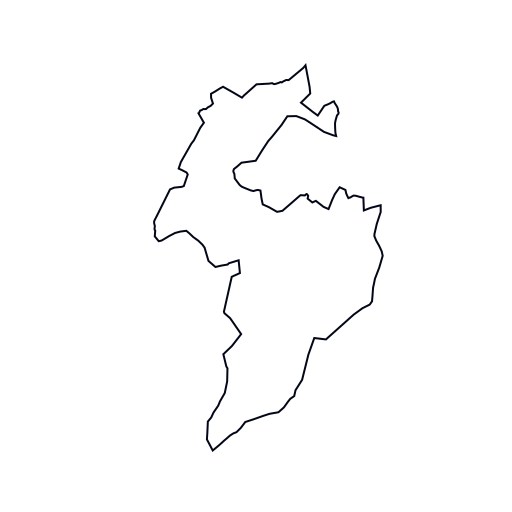 Mani, Katsina, Nigeria, rotated 211°
{"feature_id": "59680162B59976260592487", "entity_name": "Mani", "entity_type": "district", "adm_level": 2, "iso_a3": "NGA", "parent_name": "Nigeria", "parent_adm1": "Katsina", "projection": "equal_earth", "projection_center": [7.952, 12.901], "detail": "fine", "context": "isolated", "style": "outline", "palette": "ink", "viewbox_px": 512, "rotation_deg": 211, "n_neighbors": 0, "source": "geoboundaries", "source_scale": "gbopen_adm2", "svg_char_len": 3094}
<svg xmlns="http://www.w3.org/2000/svg" viewBox="0 0 512 512"><g transform="rotate(211 256 256)"><path d="M203.6,73.5L192.9,67.0L190.1,75.1L188.3,81.1L187.1,84.7L185.8,88.8L184.0,92.4L182.0,94.9L180.5,100.8L179.7,108.2L172.8,116.2L167.8,122.3L165.3,125.2L163.0,127.8L156.3,133.6L154.1,140.6L153.6,147.0L153.1,151.2L151.1,155.6L153.0,161.3L152.7,173.6L159.0,194.2L160.3,198.4L163.8,215.7L153.1,220.5L150.6,228.6L142.1,256.0L137.8,266.2L133.5,272.9L133.2,276.9L135.6,281.8L139.3,289.1L141.0,294.1L142.3,297.7L144.4,309.6L147.5,321.4L150.6,324.7L155.6,328.1L160.9,331.1L164.8,334.0L165.8,335.9L169.0,345.7L171.8,358.0L175.3,363.7L182.5,356.4L187.0,350.6L194.0,361.3L195.1,360.8L196.4,360.5L197.8,360.0L199.5,359.6L200.4,359.3L201.6,359.0L203.0,358.3L203.5,358.0L204.2,356.9L204.9,355.6L205.2,354.9L206.0,354.0L206.6,353.2L208.7,354.5L210.8,356.0L213.4,358.7L219.7,358.0L220.3,349.6L219.6,343.2L218.0,333.6L223.4,332.9L233.1,334.1L235.3,330.9L241.3,331.8L242.3,334.5L243.3,334.9L243.9,335.2L244.6,335.1L245.1,334.1L245.3,333.1L249.1,331.1L249.6,329.9L250.1,328.4L252.5,320.9L256.6,308.4L258.2,306.9L260.7,304.7L270.2,304.5L276.8,303.7L280.7,307.9L285.9,314.4L288.4,313.6L289.7,312.5L291.7,310.3L294.4,309.5L300.7,308.5L302.8,308.2L304.4,308.1L306.7,308.5L314.1,311.5L316.8,315.2L318.8,316.6L319.4,317.7L319.7,319.2L318.3,322.8L316.9,327.2L316.5,328.5L305.3,337.5L305.2,348.0L305.1,351.5L304.7,360.9L303.7,366.4L301.6,381.5L301.1,391.9L293.5,396.7L284.5,398.3L277.8,398.1L261.6,397.4L252.1,399.2L249.1,400.1L251.3,402.4L252.5,404.1L254.1,406.5L255.6,408.8L256.6,410.5L257.0,411.4L257.6,413.1L258.1,414.8L258.3,415.7L259.0,418.2L258.6,420.2L259.1,421.6L260.3,422.4L260.9,423.4L262.0,424.7L263.7,425.9L265.6,426.8L267.3,427.6L268.8,428.7L269.8,427.6L271.1,425.1L272.5,423.0L274.1,420.9L274.8,419.9L275.4,408.2L281.8,408.8L296.4,410.6L293.2,423.2L297.2,428.6L311.8,445.0L312.3,441.7L318.6,423.6L319.7,423.0L320.8,422.4L323.1,418.8L323.1,418.4L323.2,418.2L323.4,418.0L323.6,418.0L324.0,417.8L324.6,417.7L325.7,416.1L327.5,414.0L328.6,412.9L329.6,412.5L331.1,412.5L333.7,410.4L344.0,403.4L348.4,389.2L348.9,387.8L349.6,384.5L360.0,384.4L371.4,384.1L373.2,381.1L375.9,375.7L378.1,371.9L376.0,368.5L371.4,364.5L372.2,361.3L373.8,358.7L374.6,356.1L376.8,354.9L377.9,352.8L378.7,352.1L378.8,351.5L378.5,349.2L378.8,348.7L369.3,343.4L369.8,337.2L368.8,323.2L369.3,319.0L368.9,301.9L368.8,297.9L367.3,291.1L363.6,291.5L358.5,291.8L357.4,291.2L356.5,290.7L353.9,278.8L355.4,276.9L361.3,272.5L364.0,268.8L361.8,241.3L361.3,234.0L361.0,232.9L360.0,231.4L359.0,230.5L358.0,229.4L357.1,227.2L356.4,226.3L355.4,225.8L352.9,220.7L347.0,218.6L344.9,220.6L340.7,228.4L337.2,234.1L333.3,238.1L328.7,241.7L324.8,241.1L319.4,239.9L313.3,239.4L307.7,238.1L304.4,236.7L294.2,227.3L285.1,225.7L280.9,229.8L275.9,234.1L275.6,235.7L268.7,243.4L261.0,233.1L266.1,225.7L254.8,191.7L253.6,190.7L246.2,189.4L228.5,181.4L230.3,166.4L233.4,155.0L224.6,146.1L222.6,145.0L216.1,133.6L212.2,122.5L212.0,112.8L211.3,108.3L211.8,100.0L211.2,94.5L212.0,89.3L206.5,79.1L203.6,73.5Z" fill="none" stroke="#020617" stroke-width="2"/></g></svg>